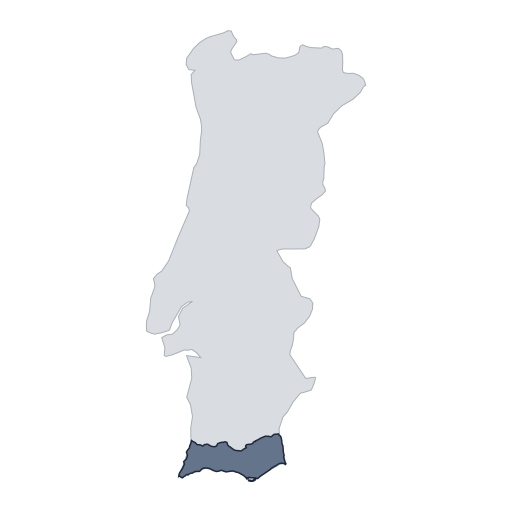 Faro on a map of Portugal (Mercator projection)
{"feature_id": "PRT-745", "entity_name": "Faro", "entity_type": "District", "adm_level": 1, "iso_a3": "PRT", "parent_name": "Portugal", "parent_adm1": "", "projection": "mercator", "projection_center": [-8.165, 37.247], "detail": "fine", "context": "in_parent", "style": "filled", "palette": "slate", "viewbox_px": 512, "rotation_deg": 0, "n_neighbors": 0, "source": "natural_earth", "source_scale": "10m", "svg_char_len": 4672}
<svg xmlns="http://www.w3.org/2000/svg" viewBox="0 0 512 512"><path d="M193.5,48.5L199.8,42.4L206.1,38.4L209.6,36.9L224.0,32.7L227.8,30.7L231.4,31.1L232.0,33.0L234.0,36.9L236.3,39.5L236.9,41.5L231.4,49.7L230.6,52.5L233.5,57.9L234.0,59.4L235.4,60.1L239.3,59.9L246.3,56.5L251.0,53.6L252.6,54.8L266.3,53.2L269.5,54.5L271.7,56.0L278.4,57.9L285.7,58.1L294.8,55.4L298.7,52.6L299.5,49.5L299.7,47.2L300.9,45.7L302.9,44.8L306.1,46.4L310.7,47.6L321.8,48.1L324.0,46.4L327.7,46.9L332.7,49.1L338.4,48.3L341.3,51.0L342.5,54.5L342.8,62.1L342.4,69.8L343.5,72.6L347.4,73.4L353.6,73.3L359.2,75.4L363.6,79.0L365.0,82.7L365.7,85.3L363.5,86.7L360.5,92.2L352.9,99.3L341.9,105.7L333.6,113.7L327.8,123.2L320.7,127.2L318.5,129.4L317.6,132.0L322.3,143.6L323.8,152.5L325.0,163.5L324.2,166.5L323.8,178.6L322.7,182.1L323.0,184.9L324.8,188.0L325.5,190.9L322.3,194.6L316.3,199.0L311.8,202.8L310.6,206.3L310.9,208.5L318.4,216.1L319.8,219.1L318.8,226.6L314.4,238.7L310.3,246.1L309.6,246.8L304.9,248.9L282.3,249.0L276.8,250.6L277.6,252.1L282.9,261.5L288.4,266.6L290.3,267.7L292.3,278.8L301.2,296.3L309.9,298.8L312.9,303.2L312.4,309.3L309.7,316.1L304.4,323.0L298.0,327.8L293.9,332.6L293.6,338.2L292.3,345.3L290.3,350.9L289.8,354.7L305.7,378.4L314.5,377.2L315.6,377.8L314.1,383.4L311.3,390.0L307.9,391.2L300.3,393.3L293.2,401.8L287.4,412.0L283.0,416.9L279.0,429.0L279.5,434.3L281.4,442.3L285.5,463.3L279.7,464.3L256.8,477.9L249.7,478.0L236.5,471.9L213.2,470.0L205.6,468.2L196.1,472.1L188.7,472.0L182.9,477.1L178.7,475.7L183.5,464.4L191.0,442.1L190.7,428.4L192.5,416.5L190.5,404.7L186.7,397.3L191.8,378.1L191.2,368.2L186.5,355.6L200.8,357.6L196.4,352.6L192.0,349.5L187.8,350.2L184.3,350.0L172.1,354.9L166.0,356.4L164.2,355.5L164.9,347.7L161.7,337.6L166.6,334.9L172.3,334.2L177.1,329.9L180.1,325.0L178.5,316.4L182.7,308.2L192.5,301.3L187.4,302.3L181.6,306.6L172.4,322.3L169.4,330.2L161.6,332.8L154.6,334.1L151.0,333.2L146.7,331.2L146.3,325.4L146.7,320.7L149.6,311.4L150.7,298.3L154.9,286.6L154.6,283.4L153.4,278.7L157.1,274.2L161.7,271.1L168.6,261.0L178.3,236.7L189.4,210.9L188.5,207.7L186.2,205.3L187.1,198.3L193.8,167.7L196.6,163.7L199.7,154.7L200.4,140.2L201.7,130.1L201.4,125.1L200.4,119.0L196.1,107.4L191.6,82.7L191.2,74.5L195.0,70.3L188.9,69.7L186.1,64.4L186.7,58.3L193.5,48.5Z" fill="#d9dde1" stroke="#a8b0b8" stroke-width="1"/><path d="M278.3,433.9L278.8,434.7L279.3,435.3L280.5,436.2L280.8,436.7L281.3,438.3L281.7,440.4L281.9,442.2L281.8,443.2L282.9,445.8L283.4,452.5L284.1,455.3L283.6,456.6L284.0,458.5L285.0,462.2L285.2,462.6L285.3,463.0L285.5,463.2L285.9,463.4L285.9,463.9L285.4,464.5L284.3,463.7L282.9,463.3L281.3,463.2L279.9,463.4L278.4,464.0L275.7,465.9L274.6,466.3L270.7,468.8L270.2,469.5L260.0,476.5L257.8,478.5L256.8,478.5L255.8,478.0L254.3,477.8L250.2,477.7L249.1,477.2L248.5,478.2L247.8,478.1L246.9,477.6L246.3,477.2L246.9,478.3L247.1,478.8L247.2,479.5L245.7,477.3L243.3,475.3L238.5,472.6L235.8,472.0L233.6,471.0L231.4,471.1L226.0,471.9L223.7,471.1L221.1,470.2L219.1,471.1L216.2,471.5L213.3,470.4L213.2,470.5L209.6,468.5L206.7,468.0L203.6,468.2L202.6,468.5L201.7,469.1L199.6,471.4L195.5,471.4L194.7,471.7L192.9,472.8L192.1,473.2L191.1,473.2L189.5,473.7L188.0,475.0L186.7,474.4L185.5,475.7L184.9,476.1L184.2,476.3L182.9,477.5L182.2,477.8L181.2,477.4L180.4,476.6L179.7,476.2L178.7,476.6L179.1,474.3L179.5,473.1L179.8,472.6L182.5,468.4L183.5,466.1L184.4,464.1L183.7,461.6L184.9,460.5L186.5,458.8L187.5,455.1L186.9,453.6L186.4,452.3L187.5,450.2L189.4,448.1L189.7,446.0L190.9,443.2L191.5,440.5L192.3,441.1L193.6,441.9L194.6,442.2L195.7,443.1L196.2,443.8L196.9,444.4L197.4,444.7L200.1,444.8L201.9,445.6L202.3,446.0L202.9,446.1L203.3,445.8L203.7,445.3L204.0,444.9L204.5,444.6L207.1,444.2L207.9,444.3L210.5,445.9L211.5,446.3L214.4,446.8L215.6,446.3L216.7,445.8L217.1,445.0L217.2,444.4L217.6,443.8L217.9,443.5L220.5,442.6L221.9,442.3L222.7,442.3L223.4,442.4L224.0,442.0L225.2,441.8L226.8,442.3L227.3,443.3L227.5,444.5L227.7,445.0L228.5,446.0L229.5,446.5L234.2,450.0L236.4,450.6L237.7,450.6L240.2,450.9L240.9,450.9L241.9,450.5L243.5,449.2L245.8,447.9L246.3,447.8L246.3,447.4L245.8,446.7L245.6,446.3L245.7,445.8L246.0,445.2L246.9,444.6L249.1,444.3L250.0,444.3L251.8,443.9L252.7,443.4L253.0,442.8L253.2,442.3L254.3,441.6L255.4,441.5L255.4,440.9L255.9,440.7L256.4,440.5L257.6,439.9L258.0,439.8L258.4,439.5L258.9,439.3L260.1,438.4L265.3,436.2L268.8,436.3L269.2,436.5L270.2,436.6L270.6,436.8L271.2,436.7L271.9,436.2L273.3,434.9L274.6,434.2L276.6,434.2L278.2,433.9L278.3,433.9ZM248.6,480.0L252.1,480.5L253.5,480.0L255.1,478.4L255.2,478.6L255.3,478.9L255.5,479.5L255.1,479.8L255.1,480.0L253.8,480.9L252.1,481.3L250.3,481.2L248.6,480.7L248.6,480.0Z" fill="#64748b" stroke="#1e293b" stroke-width="1.5"/></svg>